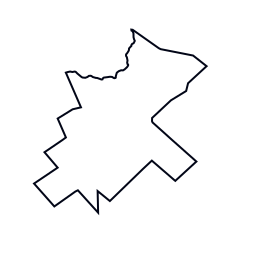 the district of Caledonia, Vermont, United States of America, rotated 196°
{"feature_id": "52423323B73732041573461", "entity_name": "Caledonia", "entity_type": "district", "adm_level": 2, "iso_a3": "USA", "parent_name": "United States of America", "parent_adm1": "Vermont", "projection": "robinson", "projection_center": [-72.042, 44.463], "detail": "fine", "context": "isolated", "style": "outline", "palette": "ink", "viewbox_px": 256, "rotation_deg": 196, "n_neighbors": 0, "source": "geoboundaries", "source_scale": "gbopen_adm2", "svg_char_len": 1356}
<svg xmlns="http://www.w3.org/2000/svg" viewBox="0 0 256 256"><g transform="rotate(196 128 128)"><path d="M203.0,164.1L178.9,134.9L186.4,130.7L198.2,117.7L185.1,101.8L187.7,98.4L201.6,81.7L184.7,70.5L203.0,48.7L177.2,32.3L161.1,52.4L159.0,54.3L133.4,38.4L139.8,59.0L125.3,52.8L102.5,92.5L96.1,103.2L68.0,90.2L54.2,112.7L53.0,114.6L81.4,128.2L105.9,140.1L106.8,141.2L107.6,144.3L94.3,166.5L82.3,179.6L82.6,187.6L69.5,209.1L85.4,215.6L118.3,212.8L120.4,213.2L150.6,223.7L151.9,223.5L151.5,222.6L150.2,222.3L148.8,220.4L147.7,216.8L146.7,215.1L145.5,213.6L145.9,211.3L146.2,210.8L147.0,210.2L147.3,209.7L147.6,208.5L147.4,207.8L148.8,205.1L148.8,204.8L148.9,204.5L148.6,203.3L148.7,202.2L149.4,199.8L150.1,198.3L150.0,197.5L149.6,196.6L148.6,195.7L147.1,192.8L146.8,190.5L145.9,189.1L145.4,189.0L145.1,188.1L145.7,186.2L147.4,183.4L148.7,182.0L150.5,181.6L152.4,180.2L152.8,179.7L153.7,178.5L154.0,177.9L154.0,177.0L154.0,174.1L153.7,173.6L153.8,172.7L154.9,172.1L155.7,172.2L157.3,172.7L158.5,172.5L159.7,172.2L161.6,171.3L165.1,169.8L165.6,169.3L166.0,167.8L166.0,167.7L166.9,167.3L171.4,167.6L172.7,167.3L175.9,167.3L177.5,167.9L178.4,167.9L180.0,167.3L181.0,165.9L182.9,164.5L185.6,164.0L186.7,164.2L191.9,166.5L193.4,167.4L194.2,167.6L194.9,167.5L196.9,166.5L199.2,166.3L201.3,165.2L203.0,164.1Z" fill="none" stroke="#020617" stroke-width="2"/></g></svg>